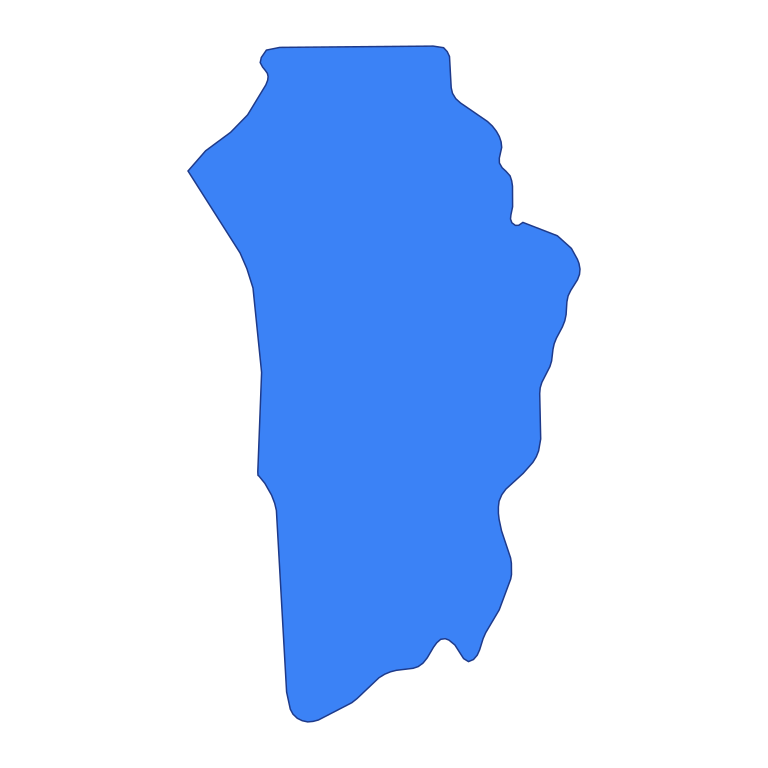 the District of Brokopondo
{"feature_id": "SUR-66", "entity_name": "Brokopondo", "entity_type": "District", "adm_level": 1, "iso_a3": "SUR", "parent_name": "Suriname", "parent_adm1": "", "projection": "mercator", "projection_center": [-55.026, 4.667], "detail": "fine", "context": "isolated", "style": "filled", "palette": "blue", "viewbox_px": 768, "rotation_deg": 0, "n_neighbors": 0, "source": "natural_earth", "source_scale": "10m", "svg_char_len": 1602}
<svg xmlns="http://www.w3.org/2000/svg" viewBox="0 0 768 768"><path d="M433.2,46.1L443.6,47.7L447.2,51.6L449.5,56.5L451.2,87.7L452.5,93.3L455.7,98.6L460.4,102.9L487.5,121.5L492.4,126.1L496.4,131.3L499.3,136.5L501.1,141.9L501.7,147.4L499.3,158.2L499.4,163.0L502.1,167.7L506.0,171.3L510.1,175.9L511.7,180.9L512.5,186.2L512.6,206.8L510.9,215.0L510.5,219.0L511.9,222.8L515.4,225.4L518.7,225.3L522.9,222.4L557.4,235.8L571.4,248.4L577.4,259.3L579.0,263.5L580.0,269.1L579.5,274.4L577.5,279.7L570.7,290.5L568.1,295.9L566.9,301.8L566.1,314.6L564.8,320.8L562.4,326.9L556.4,338.2L554.2,343.7L553.0,349.2L551.6,361.0L549.9,366.6L541.9,382.3L540.2,387.8L539.7,393.5L540.7,439.0L538.6,450.9L536.3,456.7L532.9,462.3L523.2,473.3L505.9,489.1L501.8,494.7L499.1,501.1L498.4,506.9L498.4,513.3L499.1,519.4L501.5,530.7L510.6,558.0L511.4,563.3L511.5,574.5L510.7,579.0L499.2,609.9L485.7,632.7L483.1,638.6L479.6,649.9L477.2,655.2L473.5,659.5L468.5,661.6L463.6,658.6L454.9,645.0L448.8,640.0L445.2,638.7L440.7,639.3L436.8,642.7L433.5,647.2L427.2,657.9L423.1,663.0L418.2,666.6L413.1,668.3L396.4,670.3L390.5,671.8L384.7,674.2L379.0,677.7L357.0,698.6L351.8,702.7L318.4,720.0L313.1,721.4L307.7,721.9L302.2,720.7L297.3,718.3L293.0,714.2L290.3,709.2L286.6,692.0L276.4,510.5L274.7,503.3L271.6,495.2L264.9,483.4L258.8,475.9L258.4,475.7L258.0,475.3L257.8,471.8L261.6,372.5L253.0,288.0L246.9,268.7L240.1,253.0L188.0,171.0L205.6,150.8L230.6,132.3L247.6,114.9L265.9,84.8L267.7,80.1L268.1,76.6L267.4,73.4L265.2,70.3L262.6,67.1L260.2,62.6L261.3,57.5L266.4,50.1L279.8,47.4L433.2,46.1Z" fill="#3b82f6" stroke="#1e3a8a" stroke-width="1.5"/></svg>